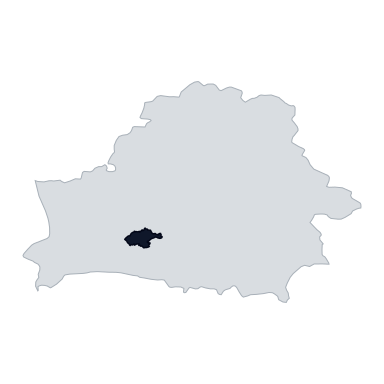 Hantsavichy, Brest, Belarus shown in context
{"feature_id": "67162791B6713137002494", "entity_name": "Hantsavichy", "entity_type": "district", "adm_level": 2, "iso_a3": "BLR", "parent_name": "Belarus", "parent_adm1": "Brest", "projection": "natural_earth1", "projection_center": [26.586, 52.677], "detail": "fine", "context": "in_parent", "style": "filled", "palette": "ink", "viewbox_px": 384, "rotation_deg": 0, "n_neighbors": 0, "source": "geoboundaries", "source_scale": "gbopen_adm2", "svg_char_len": 7283}
<svg xmlns="http://www.w3.org/2000/svg" viewBox="0 0 384 384"><path d="M329.0,264.2L322.2,263.9L314.1,264.0L309.6,266.5L304.6,265.3L301.1,266.7L293.2,273.6L290.2,277.3L287.3,283.0L285.6,287.3L286.6,290.2L288.2,293.0L288.6,296.0L289.3,298.3L287.4,300.0L286.3,302.4L282.9,302.0L278.7,299.7L277.7,296.3L274.5,293.9L272.4,292.7L268.9,292.5L263.4,293.6L256.1,294.4L250.6,294.7L247.7,295.9L243.3,297.1L241.6,295.7L239.1,291.8L237.0,288.0L235.6,286.3L234.4,285.8L232.9,285.9L231.2,287.1L230.0,288.4L225.4,289.8L223.4,291.2L221.2,294.7L219.8,294.5L218.2,293.7L216.5,289.7L214.0,288.8L210.2,288.8L205.4,287.9L201.6,286.7L200.2,287.0L197.9,288.7L195.4,288.9L190.0,287.4L188.9,288.1L185.8,292.5L184.3,292.7L183.5,292.1L183.9,288.4L180.8,287.0L175.4,286.8L171.7,287.4L169.9,287.2L168.9,286.5L164.3,280.1L161.9,279.7L157.6,280.0L151.2,279.3L143.8,277.9L139.7,277.3L137.6,275.9L133.1,275.4L120.9,272.8L115.9,272.3L108.6,272.2L97.4,271.6L90.3,272.0L86.9,272.9L83.1,273.4L69.8,274.1L65.1,274.9L63.7,276.2L62.1,279.1L56.6,284.1L51.2,287.5L50.3,287.8L47.2,286.0L44.6,285.4L41.6,285.2L39.4,285.8L38.0,286.6L38.2,290.5L37.8,290.9L35.6,286.2L35.8,282.0L37.1,279.7L38.8,277.5L38.2,274.3L39.8,270.0L39.9,267.0L39.2,265.6L38.0,264.1L34.5,262.4L33.0,261.1L28.4,259.3L23.8,257.1L23.0,255.7L23.3,254.8L24.1,253.4L27.7,249.3L31.6,245.2L34.1,243.6L47.1,238.5L49.1,236.7L49.7,233.7L49.6,227.6L48.8,222.0L47.9,218.1L45.5,210.9L39.0,196.1L35.2,180.6L37.8,181.5L44.0,181.9L48.9,180.8L51.4,180.7L53.7,181.0L60.1,180.2L61.7,181.5L64.6,182.8L70.2,181.0L75.3,178.8L80.5,179.1L81.2,178.0L82.5,172.5L84.1,171.4L90.3,171.9L92.6,170.9L95.0,168.2L98.7,166.6L101.7,166.6L104.9,164.7L106.5,166.0L107.2,168.2L106.2,170.0L106.6,170.7L108.8,171.6L112.6,171.6L115.0,170.8L115.6,169.8L115.6,167.9L115.0,166.2L113.4,164.7L110.4,163.9L108.3,163.9L108.0,162.9L108.7,160.9L110.6,157.1L112.9,153.7L114.3,152.5L114.5,151.3L114.2,149.2L114.2,145.5L116.3,140.4L119.0,136.5L122.7,135.2L127.2,134.6L130.1,132.7L131.5,130.6L132.7,127.3L134.2,126.6L145.0,127.0L146.6,123.7L147.6,122.8L149.6,121.8L151.1,120.6L150.5,119.7L147.8,119.1L141.3,118.6L140.0,117.5L140.4,116.2L142.1,112.8L143.8,108.3L144.6,104.9L144.7,102.9L145.7,102.4L150.9,101.7L152.7,101.1L157.2,96.4L160.7,95.6L169.6,96.8L173.7,96.7L178.9,97.1L179.4,96.6L181.2,92.0L189.9,84.7L194.6,82.1L197.6,81.6L198.7,81.7L203.4,85.6L204.5,85.7L207.7,84.1L213.1,84.0L215.7,85.3L219.3,90.1L221.2,90.6L226.5,88.0L229.4,87.1L231.3,87.1L241.4,90.8L242.1,92.0L242.2,93.4L240.7,97.7L242.8,100.4L245.3,102.2L250.4,99.2L252.3,98.4L254.3,98.3L257.1,97.2L259.1,95.6L261.0,95.0L264.7,95.4L271.3,95.0L279.1,97.6L279.8,98.4L283.7,101.5L285.1,103.0L286.4,103.5L288.5,105.0L291.3,105.9L293.2,105.6L294.1,106.1L295.0,107.3L295.1,109.3L294.9,115.0L292.2,118.0L291.9,119.1L292.1,120.3L294.3,122.8L297.2,126.7L298.0,128.9L298.0,130.6L294.2,135.5L293.0,136.7L292.1,139.1L291.7,141.6L292.0,142.6L298.6,146.5L303.4,148.7L304.5,149.7L304.7,150.4L302.2,154.6L302.0,155.7L305.9,157.5L308.1,160.2L310.1,164.7L313.8,169.1L327.7,175.4L328.9,176.5L329.4,177.9L329.0,180.9L326.6,186.5L329.0,187.3L335.0,187.1L342.4,187.8L351.3,191.8L351.4,193.6L350.6,195.2L351.2,197.0L352.2,198.4L360.0,202.9L360.8,204.2L361.0,206.4L360.8,208.0L358.7,208.3L356.4,209.1L352.6,211.0L351.1,213.7L345.0,217.4L341.2,219.1L338.2,219.2L330.9,218.4L328.3,216.6L327.1,214.9L324.3,214.1L320.6,214.0L315.5,214.3L314.4,214.8L313.6,216.9L311.5,220.5L310.0,222.5L316.7,229.5L320.1,232.4L321.2,234.2L321.1,235.4L319.6,236.9L319.9,239.9L323.2,243.9L322.2,244.5L322.0,249.4L322.1,254.5L323.0,255.8L324.8,256.8L326.2,258.7L328.8,263.1L329.0,264.2Z" fill="#d9dde1" stroke="#a8b0b8" stroke-width="1"/><path d="M160.3,238.3L160.5,238.2L160.8,238.1L161.5,237.9L161.7,237.7L162.0,237.2L162.1,236.8L161.9,236.5L161.5,236.4L161.2,236.3L160.8,236.0L160.8,235.7L160.9,235.4L161.0,235.1L161.1,234.7L160.7,234.2L160.4,233.8L160.5,233.5L160.1,233.4L159.9,233.5L159.5,233.6L159.1,233.7L158.9,233.9L158.6,234.2L158.4,234.4L158.3,234.7L158.2,234.9L157.7,234.8L157.5,234.5L156.9,234.4L156.6,234.4L155.9,234.3L155.7,234.2L155.5,233.9L155.4,233.6L155.0,233.5L154.6,233.6L153.9,233.7L153.6,233.8L153.2,233.7L152.9,233.7L152.6,233.5L152.3,233.3L152.0,233.0L151.7,232.8L151.5,232.6L151.5,232.3L151.5,232.1L151.2,231.7L150.9,231.4L150.8,231.1L150.8,230.8L150.6,230.4L150.4,230.2L150.1,230.2L149.6,230.2L149.1,230.2L148.4,230.1L148.1,230.1L147.9,230.1L147.6,229.6L147.6,229.4L147.2,229.1L146.9,229.1L146.5,229.1L146.0,228.9L145.6,228.8L145.4,228.4L145.3,228.2L144.9,228.2L144.6,228.5L144.3,229.1L144.1,229.8L143.8,230.1L143.3,230.5L142.9,230.6L142.7,230.4L142.5,230.0L142.1,230.0L141.6,230.3L141.5,230.6L140.6,231.4L140.1,231.8L139.8,232.0L139.5,232.0L139.3,231.7L139.3,231.4L139.1,231.4L138.6,231.6L138.2,231.7L137.9,231.8L137.0,231.8L136.8,231.7L136.4,231.6L136.1,231.6L135.8,231.7L135.6,231.8L135.3,231.7L135.2,231.6L134.9,231.5L134.7,231.3L134.4,231.3L134.2,231.4L134.1,231.7L134.0,232.0L133.7,232.3L133.2,232.3L132.9,232.4L132.5,232.5L132.0,232.9L131.4,233.3L130.9,234.0L130.7,234.4L130.4,234.8L130.3,235.2L130.2,235.7L130.1,235.8L129.7,235.8L129.0,235.9L128.3,236.0L127.9,236.3L127.5,236.6L127.1,237.0L126.4,237.5L126.1,237.8L125.8,238.1L125.4,238.6L124.9,239.1L124.8,239.3L125.1,239.7L125.6,240.0L125.9,240.3L126.4,240.7L126.7,241.0L127.0,241.4L127.1,241.8L127.5,242.5L127.9,243.0L128.4,243.4L128.8,243.7L129.2,244.0L129.4,244.4L129.5,244.8L129.8,245.2L129.9,245.3L130.1,245.4L130.2,245.2L130.5,245.1L130.7,244.9L130.8,244.7L131.0,244.6L131.3,244.6L131.6,244.7L131.9,244.9L132.2,244.9L132.5,244.9L133.0,244.6L133.4,244.4L133.7,244.1L133.9,244.1L134.2,244.1L134.4,244.3L134.3,244.6L134.4,244.8L134.4,245.0L134.6,245.1L135.0,244.9L135.2,244.7L135.5,244.6L136.0,244.3L136.3,244.1L136.5,244.0L136.9,244.0L137.1,244.1L137.3,244.0L137.5,243.9L137.9,243.7L138.1,243.8L138.3,243.8L138.5,243.8L138.8,243.8L139.1,243.7L139.2,243.9L139.2,244.0L138.9,244.4L138.9,244.6L138.8,244.8L138.8,245.2L138.9,245.4L139.1,245.4L139.6,245.4L139.8,245.4L140.1,245.3L140.4,245.5L140.5,245.7L140.5,245.9L140.5,246.0L140.9,246.2L141.0,246.2L141.4,246.1L141.8,246.1L142.2,246.2L142.4,246.4L142.8,246.9L142.9,247.0L143.0,247.1L143.2,247.4L143.4,247.5L143.5,247.7L143.9,247.6L144.2,247.6L144.3,247.7L144.7,247.7L144.9,247.6L145.2,247.6L145.4,247.5L145.7,247.5L146.2,247.5L146.6,247.5L146.9,247.5L147.1,247.3L147.6,247.2L147.8,247.2L148.1,247.1L148.4,247.0L148.5,246.9L148.8,246.8L149.0,246.7L149.2,246.4L148.8,246.2L148.6,246.0L148.6,245.6L148.7,245.3L148.9,245.1L149.0,244.9L149.2,244.6L149.1,244.3L149.0,244.1L149.4,243.9L149.7,243.9L149.9,243.8L150.0,243.5L149.9,243.3L149.8,243.0L149.8,242.9L149.6,242.9L149.4,242.9L149.1,242.9L148.9,243.0L148.7,243.0L148.6,242.9L148.6,242.7L148.3,242.5L148.1,242.6L147.8,242.6L147.6,242.5L147.7,242.3L147.6,242.1L147.6,241.9L147.4,241.7L147.5,241.3L147.7,241.2L148.2,241.2L148.6,241.2L148.9,241.0L149.0,240.9L149.3,240.5L149.5,240.2L149.9,239.8L150.2,239.7L150.4,239.6L150.5,239.5L150.7,239.3L150.9,239.1L151.1,238.8L151.5,238.7L152.0,238.5L152.3,238.3L152.9,238.1L153.5,238.0L153.9,237.8L154.3,237.6L154.7,237.4L155.0,237.2L155.4,237.0L155.5,237.0L155.8,237.0L156.0,237.1L156.5,237.2L157.1,237.4L157.3,237.5L157.6,237.8L157.9,237.9L158.4,238.0L158.8,238.1L159.2,238.2L159.6,238.3L159.9,238.3L160.3,238.3Z" fill="#0f172a" stroke="#020617" stroke-width="1.5"/></svg>